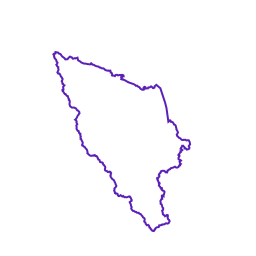 outline of Umphang, Tak, Thailand, rotated 149°
{"feature_id": "78962969B38032656496356", "entity_name": "Umphang", "entity_type": "district", "adm_level": 2, "iso_a3": "THA", "parent_name": "Thailand", "parent_adm1": "Tak", "projection": "albers", "projection_center": [98.923, 15.785], "detail": "fine", "context": "isolated", "style": "outline", "palette": "violet", "viewbox_px": 256, "rotation_deg": 149, "n_neighbors": 0, "source": "geoboundaries", "source_scale": "gbopen_adm2", "svg_char_len": 5823}
<svg xmlns="http://www.w3.org/2000/svg" viewBox="0 0 256 256"><g transform="rotate(149 128 128)"><path d="M175.8,127.3L174.9,124.2L173.8,123.0L172.2,122.5L172.1,122.2L171.2,122.2L170.4,121.9L170.5,120.8L169.4,120.1L169.4,119.6L169.2,119.2L169.5,117.9L169.3,117.4L169.7,116.4L169.1,115.6L168.9,115.1L169.5,113.4L169.1,112.7L168.0,112.0L167.9,111.4L167.6,111.1L168.0,109.9L168.0,109.1L167.6,108.5L167.7,107.5L167.5,106.9L167.7,106.0L169.2,104.4L169.4,103.3L168.9,102.6L168.3,102.2L168.1,100.9L167.7,100.4L166.7,100.3L166.6,100.0L165.9,99.8L165.7,99.4L165.7,98.0L166.5,97.7L166.9,96.6L167.6,96.3L168.0,95.1L167.8,92.5L167.0,90.6L167.3,87.1L167.7,85.8L167.7,84.6L168.0,84.1L169.5,83.5L170.8,83.2L171.3,82.2L172.2,81.4L172.0,80.7L172.7,79.0L172.2,78.6L172.2,78.0L171.4,77.7L170.9,76.9L171.0,76.3L171.3,75.9L171.2,74.6L170.9,74.3L170.5,74.1L168.9,74.2L168.2,72.2L167.1,72.2L166.7,70.5L165.8,70.1L164.8,69.2L162.3,68.8L161.7,68.3L161.9,67.6L161.6,67.2L161.9,65.0L161.9,64.3L162.6,64.0L162.7,63.7L163.1,63.8L164.7,63.6L165.0,60.8L165.5,59.9L165.6,58.3L166.7,57.4L166.8,56.2L166.5,54.5L165.7,54.0L165.3,52.8L164.2,51.7L164.0,50.8L162.5,49.8L162.6,49.4L162.2,48.4L161.7,48.0L161.4,47.3L161.3,45.8L161.0,44.8L161.2,43.8L160.4,42.1L160.8,40.9L161.8,40.1L162.3,39.3L161.7,38.1L162.2,36.9L161.9,34.9L161.2,34.7L160.9,34.3L160.6,34.4L160.3,33.4L160.9,31.7L160.4,31.2L160.6,29.9L160.2,29.2L160.4,28.1L159.5,26.7L158.7,26.4L157.9,26.8L158.0,27.0L157.6,27.2L156.9,27.2L156.7,27.6L155.7,28.0L154.5,28.0L152.6,27.3L151.4,28.5L150.2,27.8L149.4,27.8L149.0,27.4L148.3,27.7L146.7,26.8L144.4,26.7L143.2,25.6L142.0,25.6L140.3,26.7L140.1,27.9L140.6,29.0L140.1,31.1L139.3,31.8L138.8,32.8L139.3,33.4L140.7,33.2L141.6,33.3L141.4,33.8L142.0,34.5L142.2,35.4L142.5,35.8L142.4,36.6L142.0,37.0L141.3,39.6L140.0,39.8L139.1,41.2L139.4,41.9L138.5,45.2L139.0,45.8L139.1,46.3L138.3,47.3L138.0,48.5L137.5,49.0L136.5,49.5L135.2,49.6L135.3,50.4L134.3,51.1L134.4,51.7L133.8,52.6L133.5,52.6L133.3,51.6L132.8,51.1L132.5,52.0L131.6,52.3L129.6,54.4L129.6,55.4L129.9,56.0L130.5,56.4L131.0,58.1L130.8,58.7L130.1,58.6L129.9,59.0L130.9,60.0L130.7,60.7L131.1,61.9L131.1,62.9L130.4,63.3L130.3,63.9L129.3,64.4L129.4,64.8L129.9,65.2L129.5,66.2L129.5,67.5L129.1,67.9L129.4,68.7L128.9,70.0L127.8,69.6L127.4,70.0L126.2,70.2L125.6,71.2L125.8,71.8L124.7,72.7L123.6,72.7L123.2,73.2L122.7,73.2L122.0,73.9L120.5,73.6L119.2,72.8L118.6,71.6L118.6,70.7L117.9,70.5L117.5,69.8L116.6,70.3L116.0,71.2L115.5,71.0L113.9,71.3L113.1,71.0L111.9,71.5L110.1,70.9L107.6,70.6L107.1,69.3L106.2,68.7L104.8,68.6L103.6,69.4L102.7,69.1L102.5,69.8L101.2,70.0L101.6,71.2L101.1,72.6L100.3,72.5L99.3,72.8L99.8,73.9L100.6,74.8L100.7,75.4L100.1,76.4L98.2,77.5L98.1,78.0L98.7,78.4L98.8,78.8L98.2,79.3L97.4,79.4L95.6,80.3L95.2,80.2L95.0,81.1L93.7,80.9L92.9,81.0L92.9,81.6L93.6,83.0L92.9,83.2L92.6,83.8L91.9,84.0L90.8,84.8L90.5,84.4L89.9,84.4L89.4,81.8L90.0,81.3L88.9,80.5L88.7,79.2L86.9,78.7L86.0,78.9L85.4,79.6L85.4,80.9L85.0,81.4L83.2,82.0L82.4,84.1L82.2,86.1L82.8,86.6L84.4,87.3L84.9,88.4L85.9,88.9L86.2,89.2L87.0,89.3L88.1,90.2L88.5,92.2L89.4,93.5L89.5,94.8L89.9,95.4L89.9,96.2L89.5,97.4L88.9,97.5L87.5,98.4L87.2,100.1L87.2,102.0L86.6,102.8L86.6,103.5L85.9,105.4L86.1,106.5L86.8,107.4L86.6,107.8L86.7,109.9L87.4,110.9L87.9,111.0L87.8,112.7L88.5,113.2L89.4,112.6L90.2,112.5L84.7,125.4L83.1,130.8L79.8,145.4L81.5,150.4L83.8,150.0L84.5,149.0L85.8,149.1L86.0,149.2L86.5,151.3L86.8,151.8L88.5,151.6L89.7,152.3L90.6,151.7L91.8,152.5L92.8,152.8L92.1,154.1L92.6,154.8L93.7,154.6L93.7,154.3L94.4,153.8L95.0,152.8L96.2,153.6L97.1,155.2L97.2,157.1L97.9,157.9L98.4,159.6L99.5,160.1L99.6,161.0L100.7,162.9L103.7,166.4L104.0,167.1L104.4,167.4L106.3,170.9L106.8,171.4L107.0,172.0L107.9,172.4L108.6,173.3L107.6,174.0L107.9,174.6L107.7,175.2L106.7,175.4L105.2,174.5L104.8,175.4L105.1,176.0L105.7,176.6L106.9,177.1L107.9,177.8L109.5,178.2L109.9,179.1L110.8,179.7L111.4,179.8L112.5,179.2L113.2,180.2L114.4,181.0L114.6,181.3L114.2,181.6L113.6,183.3L114.3,184.4L113.9,184.9L113.9,185.4L113.6,186.3L114.9,186.8L115.1,187.3L115.8,187.5L117.6,189.3L117.8,190.4L118.3,191.7L119.8,192.7L120.7,194.3L121.3,194.6L121.6,195.8L123.2,197.1L124.5,199.0L124.7,199.7L125.8,200.6L126.1,202.4L126.4,202.5L127.1,201.9L127.6,202.0L129.9,203.7L131.1,205.0L132.6,205.9L134.4,208.4L134.6,209.4L135.9,211.7L135.1,214.3L137.0,214.6L137.6,215.3L139.0,215.5L139.7,215.9L139.8,217.5L140.3,217.9L140.5,218.6L141.1,219.1L143.6,218.5L144.3,218.1L146.4,219.1L146.4,220.4L147.6,223.3L147.8,226.1L148.9,227.4L149.0,228.5L151.0,230.4L151.9,229.2L152.3,229.3L152.8,229.8L154.0,229.6L154.0,228.2L154.7,227.1L154.5,226.5L155.0,225.6L154.5,223.7L154.7,222.4L155.1,221.7L154.7,220.5L155.6,219.5L156.8,219.2L156.9,217.8L156.7,217.3L156.8,216.7L156.4,216.0L157.1,215.2L157.5,213.7L159.9,212.0L159.8,210.5L159.0,210.3L158.7,209.7L158.7,208.4L159.0,207.0L158.8,206.5L158.9,205.9L158.7,205.4L158.9,204.6L158.7,204.0L159.2,203.2L160.7,202.3L160.7,201.4L161.2,200.1L161.0,199.6L161.3,199.3L160.9,198.7L161.0,197.6L160.7,197.3L162.4,196.7L163.5,194.2L164.5,194.5L165.0,193.8L165.0,193.5L164.6,193.3L164.8,192.8L164.7,189.7L164.0,189.2L164.1,188.3L163.8,186.9L163.2,186.5L163.8,183.9L163.7,182.9L164.3,182.5L164.0,181.6L164.1,181.0L166.0,178.3L166.4,176.3L165.5,174.3L163.8,173.4L162.6,171.8L162.4,169.3L161.9,168.7L161.5,166.9L162.1,165.5L162.6,165.5L163.5,164.8L164.6,164.6L166.4,163.3L168.3,162.4L169.0,162.3L168.5,161.0L168.7,160.0L169.4,159.3L169.5,157.4L171.0,156.8L171.6,155.1L172.5,153.9L172.6,151.5L171.9,150.9L172.5,148.8L171.8,147.8L172.2,147.5L172.2,146.9L172.6,146.6L172.8,145.1L173.5,144.7L173.7,143.7L174.3,143.1L173.9,142.6L174.2,140.7L174.1,140.1L174.5,138.5L175.3,137.6L176.2,137.1L176.2,136.4L175.6,135.9L175.4,134.7L174.9,134.2L174.8,132.3L174.4,130.8L174.8,128.9L175.1,128.5L175.2,127.9L175.8,127.3Z" fill="none" stroke="#5b21b6" stroke-width="2"/></g></svg>